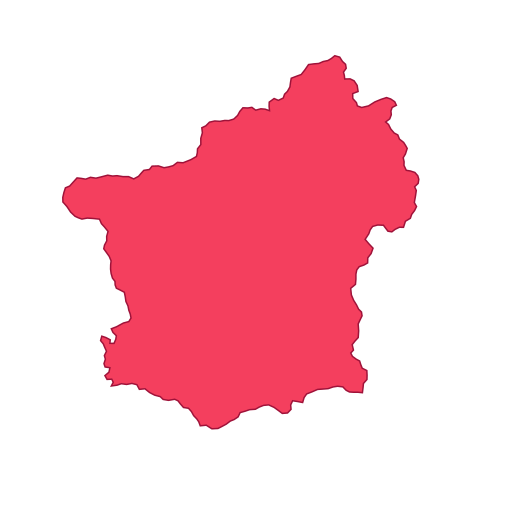 Jequeri, Minas Gerais, Brazil, rotated 251°
{"feature_id": "56859067B7862163719601", "entity_name": "Jequeri", "entity_type": "district", "adm_level": 2, "iso_a3": "BRA", "parent_name": "Brazil", "parent_adm1": "Minas Gerais", "projection": "robinson", "projection_center": [-42.617, -20.475], "detail": "fine", "context": "isolated", "style": "filled", "palette": "rose", "viewbox_px": 512, "rotation_deg": 251, "n_neighbors": 0, "source": "geoboundaries", "source_scale": "gbopen_adm2", "svg_char_len": 3678}
<svg xmlns="http://www.w3.org/2000/svg" viewBox="0 0 512 512"><g transform="rotate(251 256 256)"><path d="M352.5,97.8L350.0,100.4L347.6,103.4L346.8,108.8L344.6,114.0L341.8,120.0L336.9,120.4L332.7,122.2L327.4,124.1L323.2,121.2L318.9,119.8L315.6,116.3L312.4,114.4L308.5,115.6L303.4,117.1L298.6,117.4L295.0,115.7L290.9,114.2L286.6,113.3L281.8,113.1L277.9,114.4L274.5,113.4L271.0,113.5L268.2,116.3L264.6,119.7L260.0,119.1L255.3,118.2L250.5,118.7L246.2,118.1L242.0,118.2L238.0,117.6L235.4,114.4L235.8,108.8L234.5,100.9L234.3,95.5L230.2,95.9L226.1,98.0L222.9,96.3L219.6,93.3L221.0,89.4L224.2,90.9L227.8,87.5L230.4,84.1L226.6,81.5L222.7,83.0L219.2,83.2L214.6,83.6L211.2,80.2L207.5,80.0L203.7,77.2L200.2,77.2L197.9,81.5L194.0,79.1L192.1,74.2L187.8,75.0L186.5,79.5L183.1,79.9L180.2,76.9L179.1,82.6L179.1,87.1L176.7,91.8L175.9,97.2L173.1,101.5L167.9,102.3L166.6,107.8L161.6,110.9L157.4,114.9L154.2,119.7L150.6,121.5L148.0,126.3L147.0,132.5L144.5,135.1L140.9,136.3L136.4,138.1L134.0,142.6L129.9,144.3L125.3,145.1L121.2,147.0L117.9,147.9L113.6,148.0L112.2,153.9L107.0,158.0L105.3,163.9L105.9,168.1L106.7,173.1L108.3,178.0L108.5,182.1L109.7,186.7L113.1,190.0L112.8,195.2L112.8,199.9L111.3,205.5L112.1,209.8L112.3,214.5L111.1,219.5L107.0,223.8L102.6,226.9L98.6,229.6L97.3,234.7L99.6,239.2L103.9,240.3L107.2,243.5L105.0,247.7L102.3,252.4L106.5,255.4L109.1,259.0L109.3,264.6L109.8,270.8L108.4,276.0L107.1,281.0L107.1,286.2L106.3,290.7L104.0,295.5L99.7,297.5L97.0,300.1L95.5,303.7L94.0,308.0L92.1,312.1L97.0,314.5L100.5,316.1L103.1,320.7L107.1,322.2L111.6,323.5L115.3,319.9L119.2,319.7L123.0,319.8L125.9,317.1L129.7,314.5L133.4,314.0L135.3,317.5L140.9,318.1L143.4,322.0L145.6,326.1L151.8,328.7L158.5,330.5L162.0,333.9L164.9,336.8L168.7,337.5L172.3,335.7L177.1,335.1L182.3,333.9L188.1,333.5L194.6,335.0L196.8,340.8L201.5,342.9L206.4,344.6L210.1,346.8L212.3,350.1L212.3,355.1L213.1,359.3L217.9,361.1L220.8,365.6L225.3,369.2L230.8,366.7L236.2,364.6L240.3,369.9L243.6,372.5L246.0,375.9L245.7,381.1L243.6,386.5L236.5,388.8L234.6,392.3L235.9,396.2L236.5,400.9L235.1,404.8L240.2,408.6L241.4,414.2L244.7,416.8L247.3,420.7L250.5,423.9L255.0,423.1L261.1,426.5L265.8,428.9L269.8,428.5L271.9,433.0L275.5,434.9L279.2,435.1L283.3,433.4L286.1,429.7L288.1,426.0L293.5,425.4L296.9,426.7L301.0,427.2L303.8,430.5L308.5,434.0L311.9,433.4L315.3,432.6L319.8,429.7L324.3,429.5L327.3,426.7L332.1,424.8L337.3,424.1L340.5,422.2L342.1,427.1L345.5,429.9L349.2,430.8L352.1,433.1L352.8,437.8L356.7,437.4L360.6,434.5L363.3,431.0L363.4,425.2L363.0,418.5L361.3,411.3L362.0,404.3L364.9,400.7L368.3,400.9L373.4,398.8L378.1,400.3L378.3,406.1L384.3,407.2L389.7,405.8L392.8,402.7L394.5,397.5L397.9,398.3L401.4,398.6L404.1,402.4L408.1,403.1L411.8,401.1L416.8,399.9L419.7,395.7L418.2,391.5L417.4,387.6L418.0,382.9L417.6,378.1L418.9,373.0L419.9,368.0L416.0,362.7L412.9,357.9L412.8,352.7L412.6,347.2L409.0,345.2L404.8,343.1L401.4,339.3L399.7,335.7L396.5,333.2L395.9,327.8L399.0,324.4L397.2,318.6L393.2,317.1L389.0,316.1L391.9,312.4L393.6,308.5L394.0,303.2L397.9,300.5L398.6,296.5L400.4,291.9L398.0,287.8L394.9,284.4L392.7,279.5L392.9,274.3L394.3,270.7L395.1,265.7L397.1,260.9L397.7,255.6L395.4,250.9L394.9,246.5L389.9,245.4L385.2,242.1L379.3,240.1L376.4,235.6L372.7,234.1L369.5,232.1L368.3,225.8L367.9,217.4L370.1,212.2L368.4,207.0L368.7,202.3L369.4,197.8L372.9,193.1L374.8,187.0L372.5,183.4L373.5,177.8L371.6,174.3L369.6,170.9L368.7,165.5L372.5,161.4L374.3,156.2L377.2,150.7L378.3,146.4L380.7,142.1L381.2,135.5L381.7,130.0L384.3,125.1L384.1,120.0L386.3,116.0L388.1,112.2L385.4,107.3L382.8,102.6L382.5,98.0L378.5,95.0L374.3,92.4L369.9,91.0L364.4,93.3L357.9,95.0L352.5,97.8Z" fill="#f43f5e" stroke="#9f1239" stroke-width="1.5"/></g></svg>